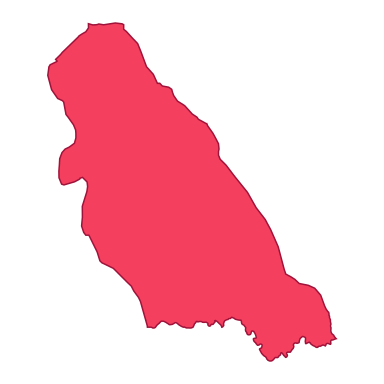 Kusmah, Raymah, Yemen
{"feature_id": "15242507B80532474119851", "entity_name": "Kusmah", "entity_type": "district", "adm_level": 2, "iso_a3": "YEM", "parent_name": "Yemen", "parent_adm1": "Raymah", "projection": "robinson", "projection_center": [43.699, 14.546], "detail": "fine", "context": "isolated", "style": "filled", "palette": "rose", "viewbox_px": 384, "rotation_deg": 0, "n_neighbors": 0, "source": "geoboundaries", "source_scale": "gbopen_adm2", "svg_char_len": 6011}
<svg xmlns="http://www.w3.org/2000/svg" viewBox="0 0 384 384"><path d="M336.2,338.7L335.7,338.2L334.4,336.6L333.6,335.1L332.3,334.2L331.3,332.7L330.8,330.9L330.9,329.5L331.0,327.8L330.7,326.9L330.5,325.9L330.9,324.2L330.8,323.4L330.4,321.3L330.4,319.8L329.5,317.6L329.5,316.1L329.0,315.4L329.0,313.8L328.7,312.4L327.7,311.4L326.0,308.9L324.6,305.9L323.0,301.5L320.7,295.2L314.7,288.2L308.3,285.3L299.2,283.5L294.9,279.4L291.2,277.0L285.8,274.1L284.2,269.4L282.0,261.1L278.2,246.8L270.7,229.7L267.0,222.9L265.3,219.6L256.2,207.8L247.5,192.4L234.7,176.5L226.1,165.2L220.2,159.3L218.5,155.2L218.5,151.6L219.0,149.0L218.5,143.8L216.0,138.9L212.9,133.2L207.7,125.9L206.8,123.7L206.6,123.8L198.4,119.3L197.0,117.2L192.3,114.1L184.7,105.7L177.5,101.1L173.7,95.6L172.5,92.3L171.7,89.3L168.7,87.2L162.3,86.0L159.8,83.3L157.4,83.3L153.3,74.3L151.5,72.3L146.5,66.7L140.9,51.6L137.7,43.7L137.2,43.1L132.4,38.1L126.3,31.4L123.7,29.3L123.7,24.7L122.1,23.8L115.3,23.0L103.6,24.8L98.8,24.0L97.2,24.6L95.5,24.8L92.7,24.9L88.4,23.7L88.5,27.9L85.8,31.8L82.1,33.9L79.0,35.9L78.2,37.0L62.3,52.4L60.7,54.4L55.6,59.4L57.1,61.1L56.8,61.4L55.9,62.0L50.2,64.7L48.9,66.9L47.8,75.4L51.6,89.7L57.7,98.5L62.5,100.7L63.7,102.1L66.0,114.5L68.0,117.0L73.5,124.8L75.6,129.9L75.9,133.4L75.9,137.8L75.5,139.4L74.4,143.3L69.2,147.1L65.1,149.1L62.0,152.6L59.7,158.7L59.4,164.5L58.9,171.2L59.0,177.8L61.6,184.1L63.0,184.6L64.0,184.9L74.6,181.8L79.8,179.0L79.9,178.3L82.5,177.4L87.1,182.0L87.6,186.6L86.9,191.5L82.3,206.3L82.4,217.3L81.6,226.0L83.7,232.4L85.8,235.2L88.9,235.2L97.1,251.8L99.9,260.8L101.9,262.8L113.3,268.3L127.5,282.5L131.3,286.1L133.8,291.0L138.5,297.4L140.5,301.6L147.2,325.5L147.3,326.3L147.4,327.2L148.1,327.1L148.6,327.2L150.2,327.2L151.1,327.2L151.8,327.4L152.8,328.0L153.8,328.0L154.7,327.8L155.4,327.3L155.9,326.7L156.3,326.0L156.8,325.3L157.5,324.7L158.5,323.8L159.3,323.2L160.0,322.4L160.7,321.7L161.3,321.2L162.0,321.2L163.4,321.2L164.2,321.5L165.0,321.9L166.0,322.4L167.0,323.1L168.1,323.7L168.5,324.1L169.2,324.6L170.0,324.7L171.4,324.5L172.2,324.4L173.2,323.9L174.3,323.2L175.1,322.7L175.9,322.7L176.4,322.8L177.5,323.6L178.2,324.2L178.9,324.8L181.3,326.3L183.3,327.2L184.2,327.0L186.4,327.9L187.1,327.9L187.9,327.9L188.5,327.9L189.6,328.0L190.5,328.0L191.4,327.9L192.4,327.5L193.2,327.0L193.9,325.4L194.2,324.7L194.6,323.6L195.2,323.2L195.8,322.5L196.2,321.7L196.7,321.4L197.1,321.4L197.8,321.9L198.8,321.7L199.7,321.5L200.5,321.5L201.2,321.5L201.8,321.8L202.5,322.2L203.3,322.3L204.5,322.3L205.4,322.2L206.2,322.2L206.9,322.6L207.8,323.2L208.0,323.7L208.0,323.9L207.9,324.3L207.9,324.8L208.1,325.2L208.4,325.6L208.9,326.0L209.3,326.1L209.8,326.1L210.1,326.0L210.4,325.8L210.8,325.2L211.0,324.7L211.3,324.4L211.6,324.3L212.4,324.4L212.8,324.4L213.2,324.2L213.5,323.8L214.5,322.5L214.8,322.2L215.1,321.9L215.1,321.6L214.8,320.8L215.5,320.5L216.1,320.8L217.5,321.8L218.7,323.0L219.4,323.7L220.6,324.7L221.1,325.5L221.5,326.2L221.8,327.2L222.5,327.0L223.7,325.6L223.7,325.0L223.6,324.3L223.6,323.4L223.8,322.8L224.0,322.3L224.3,321.4L224.9,320.7L225.6,320.3L226.7,319.7L227.3,319.6L228.0,319.5L228.3,319.1L228.5,318.9L228.8,318.6L230.0,318.6L231.0,318.0L231.4,317.6L231.7,317.3L232.1,317.4L232.6,317.6L233.1,317.9L233.7,318.0L234.2,318.4L235.3,319.2L236.3,319.5L236.9,319.6L237.9,319.9L239.2,320.1L240.5,320.2L240.9,320.2L241.2,320.8L241.4,321.6L241.5,322.6L241.8,323.7L242.3,324.3L243.2,324.8L243.7,325.0L244.1,325.4L244.7,326.3L245.3,327.0L245.7,327.6L245.6,328.5L245.5,329.5L245.5,330.1L245.7,331.0L246.0,331.7L246.5,332.1L246.8,332.5L246.8,333.0L247.0,333.7L247.4,334.3L247.8,334.6L248.3,334.8L248.9,334.8L249.7,334.7L250.4,334.4L250.8,333.8L251.1,332.9L251.3,332.0L251.7,331.2L252.2,331.0L252.7,331.0L253.1,331.2L253.9,331.5L254.4,332.6L254.8,333.1L255.6,334.9L256.3,337.3L256.3,337.8L255.6,338.2L255.2,338.2L254.2,338.4L253.7,338.5L253.4,338.8L253.4,339.3L253.5,340.0L253.7,340.5L253.9,341.1L254.4,341.7L254.9,342.2L255.6,342.7L256.0,343.5L257.1,344.8L257.5,345.2L258.1,345.2L259.0,345.0L259.5,344.6L260.2,344.0L260.6,344.0L261.1,344.1L261.5,344.4L262.0,344.8L262.1,345.4L262.1,345.8L261.6,347.7L261.3,348.1L260.7,348.2L259.6,348.9L259.5,349.3L259.9,350.1L260.2,350.7L260.8,351.7L261.1,352.4L261.6,353.3L263.3,355.2L263.7,355.4L263.3,355.3L263.9,355.7L264.5,356.2L265.5,356.7L266.1,357.5L266.4,357.9L266.6,358.3L266.6,358.6L267.0,359.2L267.4,359.6L267.9,360.2L268.5,360.4L269.1,360.8L269.9,361.0L271.1,361.0L272.2,360.6L273.0,360.0L273.8,359.2L274.3,358.5L274.9,357.8L275.4,357.5L275.8,357.5L276.9,357.6L277.4,357.6L277.9,357.4L278.4,356.9L278.9,356.0L279.4,355.7L280.3,355.0L280.4,354.8L280.6,354.5L280.7,353.3L281.1,352.8L281.5,352.7L281.8,352.9L282.2,353.2L282.6,353.7L283.0,354.3L283.4,354.9L283.8,355.5L284.7,356.3L285.0,356.5L285.2,356.9L285.5,357.3L286.1,357.3L286.9,356.6L287.2,356.0L287.4,355.5L287.3,354.9L286.7,353.9L286.6,353.1L286.8,352.7L287.4,352.2L288.2,352.2L288.6,352.1L289.2,352.1L289.8,352.2L290.1,352.2L290.4,352.1L290.8,351.5L291.7,350.2L292.0,349.7L292.6,349.0L293.1,348.6L293.4,347.8L293.7,347.2L293.8,346.4L293.6,345.5L293.4,345.3L293.4,344.7L293.7,344.1L294.0,343.6L294.5,343.2L295.1,343.0L295.6,343.0L296.1,343.1L296.5,343.1L296.9,343.3L297.4,343.2L298.2,343.0L299.0,342.6L299.2,342.1L299.2,341.6L299.3,341.3L299.4,340.7L299.6,340.0L299.9,339.1L300.1,338.6L300.7,338.0L301.8,337.1L302.0,336.8L302.4,336.5L303.4,336.6L304.8,337.2L305.3,337.6L305.5,337.9L305.5,339.5L305.4,340.3L305.3,341.0L305.3,341.8L305.5,342.6L305.5,343.2L305.7,343.6L306.2,343.6L306.9,343.2L307.7,342.8L308.9,342.3L309.5,342.3L309.7,342.7L310.2,342.8L310.7,343.8L311.8,344.7L313.3,345.7L314.6,346.2L315.3,346.7L316.2,347.3L316.8,347.4L317.8,347.3L318.2,346.6L319.1,346.2L320.0,346.2L320.5,346.2L321.5,345.7L322.4,345.1L323.7,345.1L324.4,345.5L325.4,345.9L325.8,345.2L326.0,344.3L326.8,343.5L327.6,343.4L328.8,343.7L329.7,344.1L330.2,344.3L330.6,344.2L330.9,343.1L330.7,342.6L330.7,341.4L331.0,340.5L331.5,340.0L332.7,340.0L334.7,339.2L335.8,338.8L336.2,338.7Z" fill="#f43f5e" stroke="#9f1239" stroke-width="1.5"/></svg>